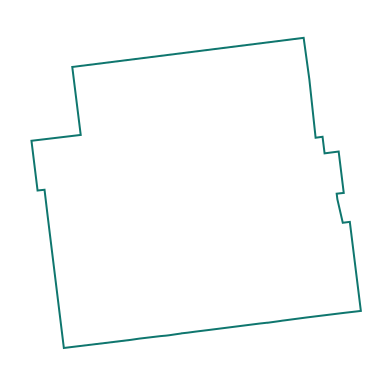 Kootenai, Idaho, United States of America (Robinson projection), rotated 263°
{"feature_id": "52423323B63965219739114", "entity_name": "Kootenai", "entity_type": "district", "adm_level": 2, "iso_a3": "USA", "parent_name": "United States of America", "parent_adm1": "Idaho", "projection": "robinson", "projection_center": [-116.9, 47.679], "detail": "fine", "context": "isolated", "style": "outline", "palette": "teal", "viewbox_px": 384, "rotation_deg": 263, "n_neighbors": 0, "source": "geoboundaries", "source_scale": "gbopen_adm2", "svg_char_len": 734}
<svg xmlns="http://www.w3.org/2000/svg" viewBox="0 0 384 384"><g transform="rotate(263 192 192)"><path d="M52.8,45.8L52.8,51.2L52.8,55.1L52.7,113.5L52.9,121.7L52.8,143.1L52.6,149.0L52.6,149.8L52.6,151.6L52.6,151.8L52.8,159.5L52.8,160.0L52.9,164.0L53.0,164.3L52.9,170.5L53.0,178.5L53.0,189.8L53.0,191.4L53.0,192.3L53.1,219.0L53.2,243.2L53.1,250.9L53.0,251.0L53.2,263.4L53.3,266.0L53.3,268.6L53.5,290.4L53.5,297.5L53.5,311.4L53.5,322.4L53.5,328.9L53.4,340.8L53.4,345.1L143.1,345.0L143.1,337.9L167.1,335.4L172.7,335.4L172.6,342.5L214.3,342.5L214.2,328.3L230.9,328.3L230.8,321.3L289.6,322.2L331.4,321.6L330.7,88.4L262.2,88.5L262.4,38.9L212.3,38.9L212.2,45.9L186.9,45.8L52.8,45.8Z" fill="none" stroke="#0f766e" stroke-width="2"/></g></svg>